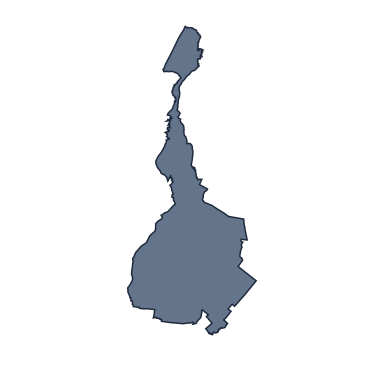 the district of Bogdanesti, Bacau, Romania, rotated 131°
{"feature_id": "2599482B17094917236522", "entity_name": "Bogdanesti", "entity_type": "district", "adm_level": 2, "iso_a3": "ROU", "parent_name": "Romania", "parent_adm1": "Bacau", "projection": "robinson", "projection_center": [26.663, 46.198], "detail": "fine", "context": "isolated", "style": "filled", "palette": "slate", "viewbox_px": 384, "rotation_deg": 131, "n_neighbors": 0, "source": "geoboundaries", "source_scale": "gbopen_adm2", "svg_char_len": 5995}
<svg xmlns="http://www.w3.org/2000/svg" viewBox="0 0 384 384"><g transform="rotate(131 192 192)"><path d="M119.0,292.8L119.6,292.4L119.4,291.8L118.2,290.9L116.0,288.0L114.4,286.7L113.1,284.3L112.9,283.0L112.3,281.6L112.0,280.2L112.4,279.0L112.8,275.3L113.3,275.1L113.8,275.3L116.1,275.2L118.2,275.5L118.5,274.9L119.3,274.6L120.1,274.8L120.1,275.1L121.9,275.0L122.5,275.8L122.8,275.8L123.7,274.6L124.2,275.1L125.3,274.6L126.1,274.6L127.8,273.2L128.9,273.3L130.1,272.2L130.6,270.9L131.5,269.6L131.2,268.6L131.9,267.2L131.3,266.5L132.2,266.3L132.4,265.1L132.9,264.6L133.2,264.5L134.1,265.0L134.8,264.6L134.9,263.6L135.1,263.5L135.4,263.7L135.5,264.3L137.4,263.0L140.3,262.2L141.6,261.5L142.5,261.3L148.2,261.7L150.1,261.0L148.7,258.9L149.3,257.5L149.1,257.1L149.9,257.3L149.8,255.7L150.9,256.5L151.2,255.8L151.6,255.5L152.1,256.7L152.6,256.9L153.1,257.8L153.4,257.7L153.6,257.0L154.2,257.5L155.1,257.7L152.7,255.5L153.0,255.0L154.8,254.3L155.6,254.7L156.1,254.4L155.9,253.9L156.1,253.7L155.7,253.2L156.2,252.7L157.0,253.3L156.8,252.8L157.0,252.6L156.8,252.3L157.4,252.1L157.7,250.9L158.1,251.7L158.5,251.7L159.3,252.8L160.0,252.4L160.2,251.7L160.7,252.0L160.9,251.7L160.7,251.1L160.9,250.5L160.4,250.0L160.5,249.6L160.4,249.4L160.7,249.2L162.0,249.4L162.5,250.3L163.6,251.0L163.8,251.0L163.9,250.7L164.4,251.0L164.3,250.7L164.6,250.3L164.5,249.1L165.1,248.7L165.2,248.0L165.8,247.5L167.0,247.5L166.7,246.3L167.3,245.9L166.7,245.0L166.6,244.0L167.2,244.0L167.7,244.5L168.8,244.8L169.8,245.6L170.5,244.6L172.5,243.4L173.6,243.7L174.9,242.9L177.4,242.2L182.2,241.2L186.8,241.0L191.0,240.0L192.6,239.4L193.8,238.3L194.9,236.8L195.3,235.6L196.0,234.5L196.3,233.7L196.8,230.4L197.0,229.7L197.8,228.3L198.0,227.3L198.0,226.3L197.1,223.6L197.6,220.6L199.6,217.4L193.7,218.8L193.8,218.4L195.4,217.5L195.4,217.1L194.7,216.9L195.4,216.0L195.1,215.6L195.1,215.2L196.7,215.1L196.6,212.9L199.7,212.7L201.4,213.1L201.5,212.4L202.5,210.0L203.8,208.6L205.1,206.2L205.6,205.1L205.6,204.3L205.9,205.3L207.8,204.9L208.0,204.0L209.1,203.8L208.4,202.1L210.2,200.9L211.8,196.7L215.8,197.3L220.3,197.2L223.4,197.5L225.4,198.9L228.6,199.5L229.8,200.1L230.8,197.5L231.1,197.2L232.5,197.4L236.4,198.5L239.0,198.7L239.5,198.6L241.1,197.6L241.9,196.7L243.8,195.2L246.2,194.3L250.6,195.0L253.2,195.0L259.7,193.3L261.8,193.5L264.2,194.3L266.8,194.8L274.7,194.8L279.3,193.2L280.3,193.4L282.0,192.3L282.9,191.1L292.7,184.5L294.5,182.8L294.9,181.6L295.4,180.8L296.6,180.0L297.1,179.3L299.0,178.7L303.4,177.8L306.3,177.7L307.2,177.1L307.8,176.2L309.6,174.6L311.3,171.1L311.4,170.6L312.5,169.5L312.2,168.5L313.7,167.3L314.2,166.6L314.2,166.2L313.5,165.2L314.1,164.6L315.8,163.6L315.9,162.0L317.0,161.2L313.7,156.1L314.3,155.6L314.1,155.1L312.4,152.5L309.4,149.1L305.2,143.0L309.5,140.1L312.4,138.6L309.9,136.6L310.4,135.9L309.5,135.0L309.2,133.8L308.6,133.3L308.4,132.9L309.1,132.5L308.4,130.9L309.6,130.2L304.3,122.0L300.7,117.2L297.2,112.2L294.1,109.7L291.6,106.9L289.6,106.0L289.8,105.1L291.2,104.6L288.6,102.7L288.4,103.0L286.4,103.0L285.7,103.3L281.5,103.0L280.3,103.4L276.7,105.5L276.0,106.0L275.5,106.8L274.2,107.0L274.0,99.0L276.5,99.5L277.9,90.8L286.2,91.9L286.7,88.7L287.7,86.5L287.5,86.1L287.0,87.1L286.8,87.0L287.3,85.3L287.2,85.1L286.5,86.2L286.7,85.4L286.5,84.9L286.5,83.1L285.7,82.9L285.1,83.8L283.1,83.5L283.4,82.3L282.4,81.2L281.4,81.1L280.9,80.6L280.2,80.6L278.8,81.7L278.4,81.7L278.5,81.4L278.2,81.0L275.5,81.1L275.2,80.9L275.2,80.0L272.7,78.3L270.0,78.7L269.8,79.1L268.0,78.7L267.8,80.2L267.8,83.7L267.3,83.6L267.2,84.3L264.9,83.8L256.4,84.3L256.7,88.0L250.4,88.1L250.3,84.9L235.0,84.8L216.9,85.3L218.0,108.2L210.3,109.1L209.2,110.9L209.5,112.8L209.3,113.5L208.0,114.6L203.6,117.2L200.9,118.0L199.4,120.3L199.0,120.5L196.5,120.7L197.1,122.3L196.4,123.3L195.2,123.8L193.6,121.1L192.0,118.9L186.0,126.8L184.2,128.7L182.3,131.4L178.5,135.2L186.4,148.3L186.6,149.1L186.9,153.9L188.3,162.1L189.1,168.3L191.7,175.8L191.6,176.5L191.2,177.4L191.2,179.1L189.0,179.9L186.3,181.8L184.0,182.6L181.2,181.9L179.6,182.2L181.5,191.3L176.0,192.9L177.7,195.1L178.9,195.7L178.9,196.5L178.4,197.2L177.9,197.3L177.6,197.7L177.8,198.9L177.0,199.3L176.4,200.2L175.3,201.1L174.7,202.3L174.6,203.3L173.2,203.4L173.5,205.6L173.1,205.6L172.8,205.0L172.0,205.6L172.2,206.0L172.8,206.0L173.1,206.4L172.5,206.5L172.1,206.8L172.5,207.3L172.5,207.6L173.0,208.0L172.6,208.9L172.4,210.1L167.4,213.1L162.2,216.7L160.9,217.9L160.0,218.8L159.7,219.6L157.9,221.2L156.9,222.9L156.6,225.0L157.4,225.9L157.6,226.5L157.9,226.6L158.9,227.8L157.4,228.7L156.3,230.0L154.5,232.9L154.2,234.9L153.8,235.7L152.0,237.6L150.3,238.8L147.7,241.5L146.9,244.1L147.0,245.5L146.8,246.0L145.8,247.8L144.5,248.4L145.0,250.6L144.7,251.6L140.4,252.6L140.0,254.7L140.1,256.6L139.7,257.1L139.1,257.3L138.5,257.9L137.0,258.4L136.6,259.3L136.4,259.2L135.6,260.0L134.8,260.2L131.1,263.0L129.5,263.5L127.2,264.8L125.0,266.5L124.2,267.7L122.2,269.8L120.3,270.9L117.8,271.0L115.3,271.7L111.8,271.5L108.5,271.9L104.6,271.1L103.3,271.5L100.4,271.2L98.6,269.8L92.3,269.3L91.9,270.2L92.1,270.5L91.9,270.7L92.2,270.9L91.4,271.3L90.9,271.1L90.9,272.4L88.9,273.9L88.8,274.3L88.3,274.8L87.6,274.7L87.3,274.0L86.5,273.8L85.9,273.0L85.7,273.1L85.7,273.5L85.1,273.7L84.7,274.4L84.4,274.1L84.1,274.3L83.3,273.2L83.1,273.5L83.3,274.2L83.1,274.6L83.5,275.2L83.4,275.5L83.1,275.5L82.4,274.7L81.7,275.1L81.6,275.6L80.0,275.6L79.8,276.4L80.0,276.6L79.2,276.9L79.3,277.4L79.1,277.4L78.6,276.8L78.6,277.4L78.3,277.6L77.9,277.4L78.2,278.0L77.9,278.3L78.8,280.3L79.4,280.4L80.9,279.7L80.9,280.5L81.2,281.2L79.6,281.3L79.3,282.1L76.5,284.1L76.2,284.6L76.1,285.2L75.8,285.4L74.3,285.2L73.3,286.2L69.2,287.2L69.1,288.3L68.4,288.8L68.3,289.3L68.5,290.3L68.9,290.9L68.0,291.5L67.9,292.1L68.3,292.8L68.2,293.3L67.2,294.3L67.0,295.0L67.2,296.0L68.0,297.4L67.7,298.6L68.2,299.9L70.2,302.1L70.5,303.3L71.4,303.5L71.5,304.8L71.3,305.7L71.9,305.7L75.6,304.5L79.2,304.1L84.6,303.1L99.1,299.1L112.7,295.9L116.8,294.3L118.8,294.1L118.7,293.6L119.0,292.8Z" fill="#64748b" stroke="#1e293b" stroke-width="1.5"/></g></svg>